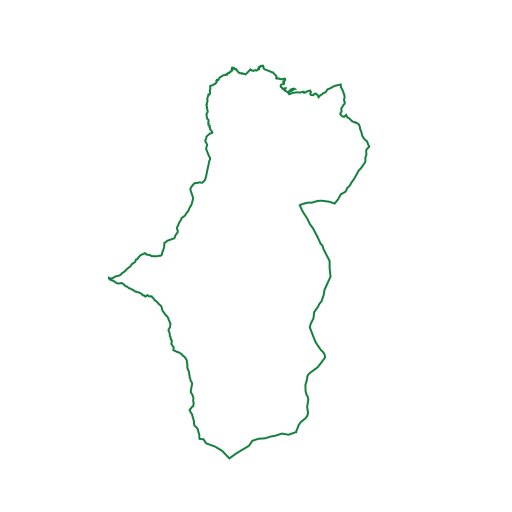 Albestii De Muscel, Arges, Romania (orthographic projection), rotated 208°
{"feature_id": "2599482B98216268157036", "entity_name": "Albestii De Muscel", "entity_type": "district", "adm_level": 2, "iso_a3": "ROU", "parent_name": "Romania", "parent_adm1": "Arges", "projection": "orthographic", "projection_center": [24.987, 45.368], "detail": "fine", "context": "isolated", "style": "outline", "palette": "green", "viewbox_px": 512, "rotation_deg": 208, "n_neighbors": 0, "source": "geoboundaries", "source_scale": "gbopen_adm2", "svg_char_len": 6135}
<svg xmlns="http://www.w3.org/2000/svg" viewBox="0 0 512 512"><g transform="rotate(208 256 256)"><path d="M339.4,427.2L340.3,426.2L340.9,426.2L341.1,425.5L341.8,424.9L341.9,424.5L341.5,424.2L342.1,423.6L341.9,423.0L341.4,422.7L341.2,422.8L341.1,422.6L341.9,422.5L341.9,420.9L342.2,420.7L342.3,420.3L342.9,419.8L343.8,419.8L345.1,418.6L345.1,418.3L346.4,417.8L348.5,418.2L350.4,411.5L353.4,410.9L353.8,410.5L354.1,410.8L356.1,409.8L356.8,410.0L357.6,409.8L359.1,410.7L360.6,411.0L360.7,411.4L361.4,411.7L363.2,410.9L363.2,411.3L363.8,411.7L365.5,411.2L365.1,409.3L364.1,408.5L364.2,408.3L364.9,407.5L364.9,406.7L366.1,405.1L365.8,404.8L366.5,404.4L366.8,403.8L366.6,402.8L367.4,402.7L367.7,402.4L367.6,401.7L369.7,400.2L371.9,396.5L371.9,393.7L373.3,393.1L373.3,392.1L372.4,391.4L372.7,389.1L373.3,388.7L374.4,386.4L375.3,385.8L376.3,384.5L374.9,382.4L374.5,380.4L373.1,378.6L372.8,376.7L373.0,376.4L373.8,376.3L372.8,371.7L371.9,370.7L371.5,369.9L371.1,367.5L370.5,366.8L370.7,366.2L370.2,365.3L369.1,364.6L369.1,363.7L368.1,362.9L366.5,360.9L366.3,360.5L366.4,359.0L366.2,357.6L365.4,356.9L364.6,355.3L363.1,354.1L362.2,354.1L361.6,353.5L361.0,352.4L360.9,351.4L360.1,350.8L359.8,349.6L359.3,349.7L358.8,349.4L357.8,349.2L357.6,348.5L357.7,348.0L356.8,347.6L356.6,347.0L356.1,346.4L354.3,345.8L352.5,344.5L352.7,343.9L353.0,344.0L354.2,342.3L355.5,339.1L355.7,338.1L355.0,335.8L355.1,334.4L354.8,333.8L351.3,331.2L350.5,327.4L350.3,327.1L344.6,322.3L342.4,320.9L341.9,319.5L341.9,318.2L337.4,302.6L336.7,299.2L337.6,296.0L338.1,295.3L340.7,294.4L342.0,293.0L344.4,291.5L345.2,289.0L345.1,288.1L345.5,287.1L345.5,284.6L344.6,283.2L340.2,279.2L338.8,277.5L338.1,275.7L337.1,271.3L337.0,269.9L337.3,268.9L337.3,267.5L337.0,264.7L337.0,263.1L337.5,261.7L337.7,258.3L339.4,254.7L339.2,251.3L339.5,250.0L339.4,248.5L339.1,246.4L339.2,245.0L338.8,243.1L337.4,242.1L336.3,240.2L336.8,236.7L336.8,236.0L336.4,234.2L336.6,233.1L340.9,228.5L341.6,227.5L342.1,225.9L343.1,224.6L341.4,221.1L340.5,216.8L340.4,214.8L339.8,213.3L339.8,212.4L340.7,211.1L341.8,210.7L343.4,209.2L348.3,206.8L349.8,207.1L353.4,205.9L353.7,206.2L354.8,206.1L355.4,206.4L357.5,203.5L358.1,203.0L359.1,199.8L359.3,198.6L359.1,198.5L359.4,197.5L360.3,196.4L360.0,194.5L360.2,193.5L361.8,190.4L362.0,188.0L363.7,184.3L364.1,183.1L364.0,182.5L364.7,181.2L365.0,180.0L366.1,178.1L366.8,175.7L367.9,174.2L371.0,171.4L371.9,169.4L373.6,167.8L375.6,167.7L375.2,167.1L373.5,166.6L369.6,167.1L366.8,166.6L364.8,166.9L362.8,168.5L361.9,169.0L361.5,168.8L361.0,169.1L359.6,169.0L357.0,168.0L355.7,168.5L353.0,167.9L351.7,168.3L350.0,168.1L349.1,168.4L345.9,167.9L344.7,168.4L343.9,168.2L342.5,168.9L339.0,168.8L337.4,168.1L336.5,168.7L334.9,168.2L334.1,168.8L333.8,170.2L332.9,170.5L331.3,170.1L330.4,170.9L329.2,171.3L329.1,171.0L327.0,170.7L325.2,169.6L321.2,168.8L319.4,168.0L316.3,167.3L315.4,166.6L313.0,163.9L307.7,161.3L306.0,161.0L303.8,159.5L302.7,158.2L301.5,157.6L300.4,156.3L299.7,155.9L298.6,153.1L298.5,151.8L298.7,150.5L298.3,149.2L295.9,147.2L294.3,144.6L293.1,144.1L292.3,142.6L290.4,141.6L289.5,138.6L285.7,136.6L285.1,134.7L284.6,134.0L282.4,134.3L281.3,134.1L279.8,134.6L276.0,134.5L273.0,133.5L271.5,133.4L268.2,131.4L264.9,126.8L264.2,125.1L260.8,122.2L259.2,119.9L258.4,119.1L257.6,117.7L256.6,117.0L255.3,115.3L253.4,114.3L252.4,113.2L250.2,106.1L249.5,105.1L246.4,103.1L244.7,101.4L243.4,98.5L242.1,97.0L240.9,94.1L241.7,92.5L241.9,90.9L242.4,89.0L239.9,87.0L238.3,86.3L236.4,84.2L235.3,83.4L234.4,82.0L233.2,81.1L232.1,78.9L230.6,77.3L227.3,76.5L225.4,75.1L224.3,73.6L222.4,71.9L220.8,69.1L219.9,68.0L217.6,68.9L216.6,69.6L212.0,67.2L202.8,68.5L194.2,68.0L184.5,64.8L180.7,72.5L173.1,85.2L172.5,91.1L168.1,95.7L162.4,99.3L157.9,103.8L154.4,106.5L149.9,111.3L143.4,113.4L138.5,118.8L137.8,119.3L138.3,121.1L138.6,124.8L139.0,126.4L138.5,130.4L136.1,135.9L135.7,138.2L136.2,141.7L140.0,146.7L142.3,153.7L144.7,156.4L146.0,157.0L148.5,159.6L151.7,165.0L153.0,170.8L154.1,173.7L154.2,175.8L153.3,178.5L149.4,186.5L148.2,192.9L148.0,194.9L147.5,197.6L147.5,199.2L149.7,201.6L152.1,202.8L154.6,203.5L161.9,207.3L164.2,208.9L175.0,218.2L175.9,222.0L176.0,228.0L178.3,233.8L177.4,240.4L177.6,243.0L176.9,247.1L178.1,254.0L179.6,258.1L180.5,272.7L185.7,280.5L188.6,286.1L199.8,293.9L201.6,295.8L202.9,296.7L204.6,297.1L210.5,301.6L218.7,307.2L223.5,309.5L227.9,312.8L236.7,317.8L241.2,321.4L239.5,323.6L235.5,327.3L231.6,329.4L227.6,333.4L224.3,335.5L216.6,338.4L211.2,339.2L210.1,344.7L210.1,350.2L207.1,354.9L207.1,356.9L207.5,358.1L207.1,359.7L206.7,360.6L206.1,363.4L206.3,364.7L205.6,369.8L205.4,379.6L204.4,383.5L203.7,390.1L204.1,391.4L205.7,394.4L205.9,395.5L205.9,396.6L206.3,397.7L207.9,400.1L208.4,402.3L208.1,403.5L207.4,404.9L207.6,406.0L209.3,407.1L211.9,409.4L214.7,409.9L216.5,410.7L218.5,412.0L222.2,415.9L223.7,417.0L224.6,418.4L226.7,420.3L228.3,420.8L230.5,420.5L231.0,420.8L231.5,420.3L234.3,420.1L238.8,421.4L240.3,421.2L242.6,422.9L243.5,420.2L245.4,419.9L247.8,420.5L248.4,421.2L248.3,423.9L249.8,425.9L249.9,427.3L249.7,428.9L249.8,430.1L249.3,431.4L249.6,433.3L251.4,434.8L252.5,438.2L253.6,439.6L257.1,442.8L260.3,445.0L261.7,447.2L266.0,443.5L267.4,441.8L269.1,439.0L271.2,436.5L271.2,435.0L271.6,433.0L273.3,430.9L273.7,429.5L274.7,428.2L275.2,425.6L277.5,427.1L279.6,427.5L280.6,426.6L280.8,425.0L282.5,424.1L283.4,424.0L284.4,424.9L284.3,426.3L285.7,427.5L288.1,425.5L288.9,423.9L290.1,422.7L291.0,423.5L293.6,421.2L297.3,419.4L300.2,417.2L302.6,414.4L304.0,415.1L304.2,415.6L302.3,418.6L301.4,419.6L301.2,420.7L300.2,421.6L301.1,421.6L302.9,420.1L303.9,417.9L304.2,416.5L304.9,415.7L306.1,415.5L307.5,415.8L308.5,415.5L309.1,416.0L308.5,417.8L308.6,418.1L309.4,417.6L310.0,416.5L311.0,416.0L312.0,416.8L313.5,417.0L314.0,417.5L314.3,419.0L312.0,421.3L312.7,422.4L314.5,422.4L313.4,423.0L313.4,423.6L312.9,424.3L313.2,425.9L313.5,426.1L314.2,426.0L315.5,424.6L316.4,424.0L318.1,423.7L318.6,423.3L319.1,423.5L321.1,422.3L321.8,422.6L321.9,423.9L323.0,424.6L326.4,425.6L327.0,426.1L328.7,425.5L329.1,425.7L336.0,424.9L337.4,425.3L338.1,426.4L338.3,426.6L338.4,426.4L339.4,427.2Z" fill="none" stroke="#15803d" stroke-width="2"/></g></svg>